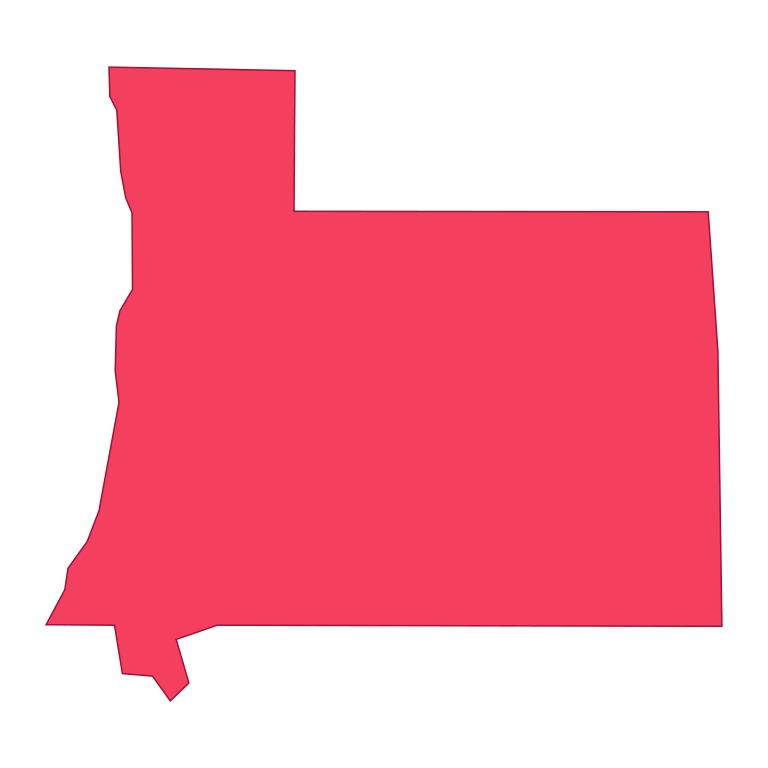 the district of Antrim, Michigan, United States of America
{"feature_id": "52423323B24327368790692", "entity_name": "Antrim", "entity_type": "district", "adm_level": 2, "iso_a3": "USA", "parent_name": "United States of America", "parent_adm1": "Michigan", "projection": "orthographic", "projection_center": [-85.292, 45.01], "detail": "fine", "context": "isolated", "style": "filled", "palette": "rose", "viewbox_px": 768, "rotation_deg": 0, "n_neighbors": 0, "source": "geoboundaries", "source_scale": "gbopen_adm2", "svg_char_len": 472}
<svg xmlns="http://www.w3.org/2000/svg" viewBox="0 0 768 768"><path d="M721.9,626.3L717.9,351.3L708.2,211.8L294.0,211.3L295.0,70.7L109.0,67.1L109.8,96.4L116.8,110.3L120.7,171.2L125.7,197.8L132.0,212.7L132.5,289.5L119.9,310.8L116.4,325.9L115.2,370.6L119.0,402.4L99.0,510.7L87.2,541.5L68.0,568.3L64.8,589.7L46.1,624.7L114.5,625.2L122.4,673.6L152.5,676.1L170.3,700.9L188.9,683.0L176.2,639.4L217.1,625.2L721.9,626.3Z" fill="#f43f5e" stroke="#9f1239" stroke-width="1.5"/></svg>